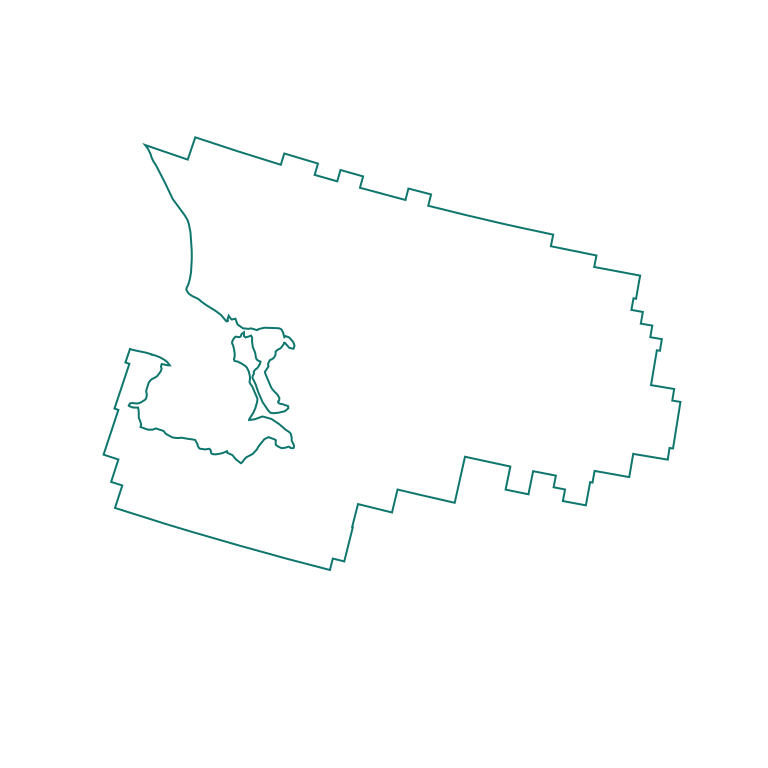 outline of Northwest Arctic, Alaska, United States of America, rotated 16°
{"feature_id": "52423323B69219161179389", "entity_name": "Northwest Arctic", "entity_type": "district", "adm_level": 2, "iso_a3": "USA", "parent_name": "United States of America", "parent_adm1": "Alaska", "projection": "albers", "projection_center": [-161.672, 66.866], "detail": "fine", "context": "isolated", "style": "outline", "palette": "teal", "viewbox_px": 768, "rotation_deg": 16, "n_neighbors": 0, "source": "geoboundaries", "source_scale": "gbopen_adm2", "svg_char_len": 4661}
<svg xmlns="http://www.w3.org/2000/svg" viewBox="0 0 768 768"><g transform="rotate(16 384 384)"><path d="M394.7,565.5L393.5,530.2L392.8,530.2L392.1,506.6L427.1,505.3L426.1,481.7L447.9,480.7L484.7,478.7L481.9,431.6L528.2,428.5L530.0,452.0L553.3,450.2L553.0,447.2L551.4,426.7L574.5,424.7L575.5,436.5L587.1,435.5L588.2,447.2L611.5,445.0L609.2,421.5L611.6,421.3L610.4,409.5L645.4,405.9L642.8,382.5L677.6,378.5L676.1,366.8L679.6,366.3L673.9,319.5L665.7,320.5L664.3,308.8L641.0,311.5L637.0,276.4L640.1,276.0L638.7,264.3L627.1,265.6L625.8,253.9L614.2,255.2L613.0,243.4L601.4,244.6L600.2,232.9L602.8,232.6L600.8,213.9L600.4,209.2L553.8,213.6L552.8,201.9L506.4,205.6L505.5,193.8L473.5,196.0L453.9,197.2L414.7,199.1L377.4,200.5L377.0,188.8L353.6,189.4L353.9,201.2L306.8,202.0L306.7,190.2L283.2,190.3L283.2,202.1L259.7,202.1L259.8,190.3L224.6,189.9L224.4,201.7L179.3,200.6L134.6,198.9L133.5,222.4L88.4,220.1L92.0,222.7L96.2,227.3L97.9,230.0L100.8,233.4L104.3,236.4L111.6,244.1L117.9,250.8L129.9,264.4L146.1,276.9L149.4,280.0L151.1,282.1L152.5,284.4L156.1,291.4L162.1,307.9L163.3,311.7L164.8,317.0L167.7,329.8L168.4,336.2L168.5,339.6L168.4,342.5L167.8,346.1L167.8,347.5L170.0,349.9L171.9,351.2L175.8,352.4L180.9,353.2L183.7,354.1L185.9,355.2L191.2,357.1L201.8,360.1L208.2,362.5L215.2,367.2L216.4,366.7L216.6,366.1L215.7,364.7L215.9,361.2L218.8,363.5L219.9,364.0L223.2,362.2L225.2,365.0L226.9,367.2L233.3,369.4L235.1,368.9L238.4,368.4L240.8,367.2L247.3,367.2L247.5,367.1L247.6,366.5L248.8,365.5L253.5,362.9L265.7,359.8L268.0,359.4L268.7,359.5L270.1,359.7L270.7,360.1L272.8,362.4L275.3,366.4L276.1,365.1L280.1,365.4L285.0,368.6L286.3,370.0L287.4,371.9L287.4,373.9L287.2,375.1L283.1,375.4L277.3,371.7L276.7,371.8L276.6,372.0L276.7,372.6L276.4,374.0L274.9,377.9L272.2,380.6L270.9,382.6L271.6,385.6L271.4,387.4L270.8,389.3L269.3,391.3L268.1,391.9L267.3,394.2L267.0,396.8L268.1,399.0L266.2,405.1L267.0,406.7L276.3,418.2L277.8,419.6L281.4,421.9L284.5,423.5L287.3,426.3L287.7,428.6L287.5,429.4L287.0,429.9L287.1,430.4L287.7,431.1L288.4,431.5L289.3,431.6L292.3,431.4L298.0,431.7L298.7,433.8L296.2,437.5L290.3,440.8L285.9,442.5L282.8,443.0L280.0,441.4L272.4,435.0L265.9,427.2L262.2,422.0L261.4,420.6L258.0,416.6L256.0,414.7L255.8,414.0L255.6,412.2L256.2,410.1L255.4,408.3L255.8,406.8L256.1,406.0L256.6,405.1L257.6,404.1L258.2,402.6L259.2,399.3L259.1,396.5L257.2,396.3L255.9,396.0L254.7,395.3L253.6,393.9L251.5,389.4L247.7,384.6L245.4,379.4L245.0,377.9L244.5,375.7L242.8,374.1L241.5,375.2L238.1,377.4L236.2,376.5L235.1,372.9L233.3,375.3L233.1,378.0L231.4,379.1L228.8,379.2L227.8,380.0L227.1,381.7L226.6,383.3L226.4,385.3L226.5,385.9L226.7,386.5L227.0,387.1L228.1,388.3L229.2,390.0L230.7,392.8L232.3,396.5L232.9,399.1L232.9,400.3L232.9,401.3L233.9,403.0L237.1,402.8L241.0,403.5L245.4,404.8L247.5,405.9L250.3,408.9L252.2,412.1L253.1,413.9L253.6,415.5L254.0,417.8L254.4,419.6L254.8,420.1L258.1,422.8L266.4,433.0L267.0,436.2L267.0,442.7L266.5,446.3L266.1,448.4L264.1,455.1L264.3,455.8L269.5,453.5L276.2,448.7L285.4,448.6L294.4,451.5L302.1,455.1L305.2,456.0L307.1,456.8L308.3,457.8L309.3,459.6L309.9,460.7L310.9,463.9L314.4,467.8L314.5,468.2L314.8,469.8L314.8,470.2L314.6,470.6L314.3,470.7L312.3,471.3L311.4,471.1L310.6,470.5L309.5,470.6L306.4,472.6L303.4,473.9L299.9,473.4L297.2,472.5L296.7,472.2L296.1,470.4L295.8,469.5L295.6,467.9L294.1,467.4L287.7,466.9L284.2,470.0L280.6,478.6L280.1,480.6L279.9,481.8L277.8,486.0L277.0,487.5L271.7,492.6L270.5,495.1L269.7,497.0L269.4,498.2L268.3,499.6L262.1,497.1L257.9,494.1L252.6,493.4L252.2,493.1L251.8,491.9L251.7,491.8L248.0,494.8L244.4,496.8L241.0,498.2L238.7,498.6L237.6,498.5L236.5,497.6L235.9,495.7L234.1,494.4L230.0,496.2L224.9,496.9L224.2,496.8L222.1,494.9L221.8,494.3L221.7,493.8L218.0,489.9L215.7,490.0L211.0,490.7L204.3,491.4L201.5,492.5L199.0,493.2L196.0,493.6L194.8,493.6L188.3,492.1L186.8,491.2L185.2,489.9L176.8,489.6L176.4,490.1L174.3,491.6L169.7,493.0L161.8,492.4L161.8,490.7L161.6,489.6L159.9,487.0L157.6,484.0L156.9,481.9L156.1,478.7L154.2,474.5L149.1,475.8L145.2,475.5L144.6,475.3L144.5,475.0L145.3,472.6L147.1,471.7L152.1,470.8L155.0,469.1L158.5,465.2L159.3,463.6L159.3,462.5L158.9,459.2L158.4,458.7L157.2,455.8L157.5,447.6L158.5,444.9L159.2,443.6L161.8,441.2L163.9,438.8L165.7,433.9L165.9,433.0L166.0,430.5L164.8,428.8L164.8,426.1L171.1,425.6L172.9,425.1L169.4,422.5L166.3,421.3L161.1,420.1L156.2,419.6L152.8,419.9L152.8,419.7L152.7,419.5L146.5,419.5L132.9,420.5L130.2,420.3L129.5,434.6L133.7,434.8L131.7,481.9L135.8,482.1L133.9,529.2L149.5,529.8L148.7,553.3L160.4,553.7L159.6,577.3L212.2,578.7L240.2,579.1L289.6,579.2L336.2,578.8L383.3,577.7L382.9,565.9L394.7,565.5Z" fill="none" stroke="#0f766e" stroke-width="2"/></g></svg>